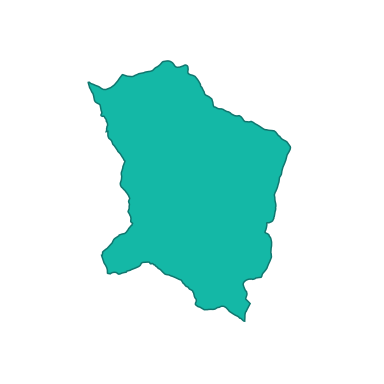 outline of Floresta, Boyacá, Colombia, rotated 159°
{"feature_id": "7082276B22631995474400", "entity_name": "Floresta", "entity_type": "district", "adm_level": 2, "iso_a3": "COL", "parent_name": "Colombia", "parent_adm1": "Boyacá", "projection": "orthographic", "projection_center": [-72.912, 5.862], "detail": "fine", "context": "isolated", "style": "filled", "palette": "teal", "viewbox_px": 384, "rotation_deg": 159, "n_neighbors": 0, "source": "geoboundaries", "source_scale": "gbopen_adm2", "svg_char_len": 6041}
<svg xmlns="http://www.w3.org/2000/svg" viewBox="0 0 384 384"><g transform="rotate(159 192 192)"><path d="M249.5,296.3L249.5,296.1L249.4,295.7L249.0,295.2L248.4,294.7L247.5,294.5L247.1,294.2L246.9,293.7L246.6,291.9L246.3,291.0L246.2,290.4L246.3,288.8L246.6,288.8L246.3,286.9L246.6,285.3L247.0,284.3L247.9,283.6L248.3,282.8L248.8,282.1L249.2,281.4L249.4,280.4L250.5,279.1L248.8,278.8L250.2,275.0L250.4,274.2L250.4,272.2L250.2,271.6L249.4,270.3L248.8,268.9L248.7,267.5L248.8,265.2L248.7,264.7L247.9,262.8L246.7,257.6L246.6,256.4L245.3,253.5L244.6,249.8L244.1,247.6L244.1,246.4L244.0,246.0L243.5,245.1L243.5,244.8L247.0,240.9L247.5,240.3L248.1,239.0L248.9,238.2L249.1,237.7L250.9,235.6L251.6,234.1L252.0,231.8L252.4,231.0L253.2,229.3L254.0,228.1L255.4,226.4L255.8,225.9L256.3,224.3L256.3,223.1L256.1,221.8L255.6,221.0L254.6,218.4L254.1,217.6L253.6,215.6L253.2,214.5L252.9,213.1L252.6,211.8L252.4,208.6L252.5,208.2L254.5,206.1L254.7,205.2L254.7,203.7L254.8,203.0L255.0,202.5L255.8,201.2L256.2,200.1L256.5,199.2L258.5,196.9L258.7,196.6L258.7,196.0L258.3,194.1L258.3,192.8L258.1,191.2L258.4,189.4L258.7,188.6L259.6,186.9L259.8,186.2L259.7,185.9L258.7,184.1L258.8,184.0L260.1,182.5L260.5,182.5L261.4,182.1L262.1,181.8L262.5,181.4L263.5,180.8L264.0,180.8L264.3,180.5L264.9,179.9L267.8,178.0L269.3,177.5L269.9,177.4L272.3,177.8L275.4,177.9L276.0,177.3L280.6,176.3L281.8,175.8L282.8,175.0L283.8,174.1L284.6,173.2L290.1,170.4L291.5,169.7L293.0,169.4L295.8,168.5L297.0,167.9L297.4,166.8L298.1,165.9L298.5,165.2L298.9,165.1L299.1,165.2L299.2,163.9L299.5,157.6L299.4,156.6L299.0,154.9L298.7,152.0L298.8,150.7L299.0,149.4L300.0,146.6L299.6,146.0L299.2,145.8L298.5,145.5L297.8,144.9L297.3,145.0L296.6,145.2L295.3,145.3L293.6,145.0L292.6,144.6L291.6,144.0L291.2,143.5L290.4,142.1L289.9,141.6L288.7,141.3L286.3,141.4L284.1,141.1L282.6,140.8L281.9,140.8L281.1,141.4L280.7,141.5L279.0,141.2L277.7,141.1L276.4,141.3L272.0,141.3L268.4,141.5L266.8,142.0L265.9,142.6L265.2,143.4L264.2,143.8L263.6,143.9L262.8,143.8L260.3,143.0L258.9,142.6L257.2,141.9L256.9,141.5L256.8,141.2L256.8,140.8L256.7,140.2L256.1,139.6L255.0,139.6L254.4,139.3L253.7,137.9L253.5,137.6L252.9,137.4L252.8,137.1L252.5,136.0L251.4,134.3L250.9,132.8L249.7,131.5L249.2,130.7L248.1,128.0L247.2,126.1L246.9,125.4L246.3,124.7L245.3,124.0L243.2,122.8L241.9,121.4L240.4,120.2L238.1,118.0L236.2,116.0L235.1,114.8L233.9,114.0L233.8,113.7L233.4,112.7L233.0,110.1L232.3,108.9L231.7,106.9L231.4,106.3L231.2,105.9L230.6,105.5L229.8,104.6L229.2,102.4L227.6,100.6L226.9,99.5L226.9,98.1L226.7,97.1L227.2,93.6L227.1,92.0L226.6,90.6L226.6,90.2L226.8,89.4L227.0,88.8L227.6,87.9L228.6,87.0L229.1,85.8L229.0,85.4L228.8,85.0L227.6,83.0L226.4,82.0L225.9,81.7L223.0,78.0L222.7,77.7L219.6,76.6L218.5,76.4L217.7,76.1L216.3,75.7L215.1,75.1L214.2,74.8L213.3,74.6L212.3,74.5L209.6,75.0L208.0,74.6L206.0,74.8L205.1,74.7L204.0,74.2L203.2,73.8L202.3,72.7L201.6,71.8L201.2,70.9L200.4,68.8L199.9,67.2L197.5,63.8L195.9,61.7L193.9,59.6L193.3,58.8L192.7,57.2L192.0,56.7L191.6,56.3L190.4,53.8L189.9,53.0L189.1,52.5L187.5,56.1L186.7,58.1L186.0,59.4L185.0,60.7L184.1,61.2L182.8,62.5L177.7,67.0L178.9,69.9L180.2,72.7L179.9,73.6L178.0,75.8L177.2,77.1L176.8,79.6L177.2,80.3L177.5,81.4L177.6,85.1L177.4,87.4L176.7,88.5L175.4,89.5L174.0,90.0L172.8,90.3L170.9,90.3L169.7,90.1L167.4,89.3L166.7,88.7L165.3,88.5L164.2,88.5L163.2,88.8L160.3,88.2L158.1,87.6L157.1,88.3L156.2,89.6L155.3,90.5L151.8,92.4L149.5,93.9L148.2,95.4L146.1,97.6L144.2,99.4L141.8,102.0L141.1,102.9L140.2,106.1L140.2,107.0L138.3,111.1L137.1,113.1L136.6,114.3L135.7,116.6L135.5,117.6L135.1,120.3L135.1,121.5L135.6,122.9L135.6,124.6L136.4,125.9L138.0,127.5L138.3,128.1L137.8,129.1L136.6,130.3L135.1,132.4L133.9,134.5L133.4,136.1L133.0,136.4L132.4,136.2L131.2,135.7L128.4,135.8L127.1,136.2L125.1,138.0L124.8,138.9L124.0,139.6L121.5,143.9L120.4,145.3L119.8,146.5L119.7,147.3L118.9,148.5L118.4,149.7L118.0,151.4L117.7,153.7L117.2,155.7L116.7,157.1L116.2,159.8L114.4,162.0L113.8,162.4L112.0,164.2L110.5,165.9L109.0,168.0L107.2,170.3L105.1,174.2L103.7,175.2L102.2,176.5L100.5,179.5L98.3,182.5L95.2,185.7L92.9,188.3L90.1,192.3L89.2,193.1L87.4,194.5L85.3,196.4L84.2,198.0L84.0,199.2L85.4,204.7L86.3,206.0L88.1,208.0L89.1,209.3L89.9,211.2L90.1,212.4L91.1,213.6L92.4,218.0L93.4,219.6L95.3,220.7L98.2,222.1L100.0,223.3L101.7,224.2L102.7,225.3L105.5,229.3L107.3,231.6L108.5,232.9L109.8,234.9L110.8,236.0L111.5,236.7L113.4,236.9L114.0,237.1L115.6,238.0L116.6,238.4L117.5,239.0L118.1,240.3L118.5,242.3L119.1,244.3L120.1,245.8L120.7,246.4L122.6,246.8L123.7,247.3L124.9,248.1L127.4,250.9L127.8,252.0L128.6,253.1L129.4,253.9L130.7,254.7L132.3,256.5L133.4,258.0L134.7,259.0L137.0,260.0L138.0,260.7L139.8,262.9L140.8,263.4L141.1,264.4L141.0,265.9L140.4,268.4L140.4,269.1L140.2,271.4L140.3,272.0L142.1,275.0L144.6,277.7L144.8,278.2L145.0,278.8L145.0,279.9L144.8,280.9L145.1,283.1L145.3,286.1L145.9,287.4L146.0,287.9L145.7,288.9L145.6,289.8L146.1,293.1L146.6,295.3L147.7,298.7L148.8,300.0L150.1,301.1L151.6,302.1L152.6,303.3L153.1,304.3L152.9,305.7L151.7,307.8L151.2,309.5L151.0,310.8L151.3,311.7L152.3,312.8L153.6,313.1L154.8,312.9L158.9,313.0L160.1,313.4L161.2,313.7L162.0,314.4L162.6,315.1L163.0,316.3L163.3,317.8L163.9,319.6L164.8,320.9L165.5,321.7L166.7,322.6L167.8,323.1L168.8,323.4L172.2,324.1L173.2,323.9L176.4,322.2L179.0,321.4L181.5,321.1L183.0,320.6L184.0,320.0L184.9,319.7L185.9,319.5L187.7,319.6L189.6,320.1L192.8,320.7L194.3,320.6L199.2,321.5L201.0,321.3L203.2,321.3L205.5,321.0L206.8,321.3L210.9,323.3L213.7,325.6L214.5,326.3L215.0,326.5L218.2,324.6L220.3,323.2L221.2,322.5L226.1,319.8L230.3,318.6L235.6,318.5L238.0,319.5L239.4,321.0L240.9,323.3L241.9,324.4L244.0,326.2L245.3,327.6L246.8,328.9L247.6,329.6L247.9,330.0L248.2,330.8L248.7,331.4L249.6,331.5L249.8,330.4L250.0,327.4L250.2,326.2L249.9,324.5L249.7,321.4L249.5,320.3L249.2,319.7L249.3,318.5L249.4,317.1L250.2,312.5L250.1,311.7L249.9,310.7L248.8,309.1L246.9,307.0L246.7,306.4L246.7,305.6L247.6,300.7L247.6,299.7L247.8,298.2L248.0,297.9L249.2,296.8L249.5,296.3Z" fill="#14b8a6" stroke="#0f766e" stroke-width="1.5"/></g></svg>